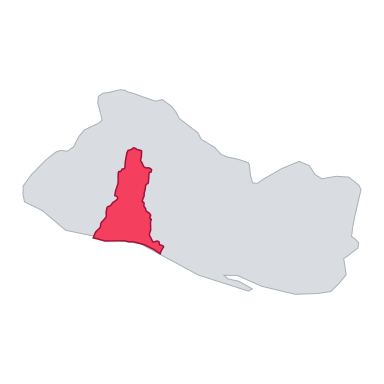 location of La Libertad within El Salvador
{"feature_id": "SLV-1346", "entity_name": "La Libertad", "entity_type": "Department", "adm_level": 1, "iso_a3": "SLV", "parent_name": "El Salvador", "parent_adm1": "", "projection": "robinson", "projection_center": [-89.306, 13.743], "detail": "fine", "context": "in_parent", "style": "filled", "palette": "rose", "viewbox_px": 384, "rotation_deg": 0, "n_neighbors": 0, "source": "natural_earth", "source_scale": "10m", "svg_char_len": 3511}
<svg xmlns="http://www.w3.org/2000/svg" viewBox="0 0 384 384"><path d="M128.1,92.2L131.7,92.9L155.3,101.2L162.3,99.6L171.3,106.2L175.6,111.4L179.3,118.5L198.0,132.9L201.1,139.2L215.1,147.7L220.7,154.1L226.6,156.8L238.3,159.3L248.3,162.7L249.4,165.1L250.4,174.7L252.5,182.8L257.2,183.4L263.0,179.4L281.7,168.6L299.3,161.4L309.3,165.7L315.2,174.7L322.0,178.8L336.0,176.3L348.7,177.1L358.7,185.0L361.0,189.6L354.9,215.8L352.7,227.1L351.6,236.6L355.2,239.1L358.7,242.8L358.0,247.9L347.1,256.3L343.7,258.5L346.2,274.7L338.1,284.5L330.6,291.6L317.5,293.5L295.3,294.3L261.8,286.3L237.2,275.4L223.9,275.3L228.1,278.9L238.6,281.2L252.4,288.9L248.4,291.1L198.2,275.0L140.1,243.6L105.4,238.6L65.7,230.3L42.2,210.5L24.5,201.9L23.0,194.3L23.2,186.0L31.2,174.8L46.1,159.7L56.0,152.0L60.7,150.4L67.2,151.2L73.5,146.9L78.9,136.5L84.5,129.8L98.8,123.1L102.0,120.4L100.9,114.6L97.8,103.3L98.3,96.4L103.0,93.2L108.6,92.5L120.2,89.7L125.2,90.3L128.1,92.2Z" fill="#d9dde1" stroke="#a8b0b8" stroke-width="1"/><path d="M160.2,253.8L153.4,249.2L143.8,244.5L133.4,241.8L128.6,241.8L124.9,240.8L104.9,241.0L96.3,238.6L93.2,237.9L93.6,236.9L95.1,233.1L95.9,231.7L99.4,228.3L100.1,227.5L100.4,226.8L100.6,224.9L100.9,223.5L101.2,222.7L101.5,222.2L101.8,221.9L102.1,221.7L105.2,218.2L105.9,217.2L106.3,216.4L106.3,215.9L106.1,212.3L106.4,210.4L106.8,208.5L107.1,207.6L107.4,207.0L107.7,206.8L108.3,206.4L108.6,206.3L109.6,206.2L110.1,205.9L110.7,205.4L112.4,203.1L113.1,202.3L115.2,201.0L116.1,200.3L117.1,199.3L117.5,198.6L117.7,198.1L117.6,197.6L117.5,197.2L117.3,196.9L117.1,196.6L116.8,196.4L116.4,196.2L114.8,195.6L115.5,191.1L118.0,183.6L118.2,180.2L118.1,177.3L118.3,172.9L118.5,172.0L118.7,171.7L119.0,171.5L119.3,171.4L119.7,171.5L120.1,171.6L120.4,171.5L120.9,171.2L122.0,169.2L122.3,169.0L122.7,168.9L123.2,169.0L123.7,168.9L124.4,168.6L124.8,168.1L124.9,167.6L125.1,164.5L125.1,164.0L125.3,161.7L126.9,152.8L127.5,151.7L127.9,150.6L129.1,150.1L130.8,149.7L132.1,148.9L133.5,147.8L134.9,148.1L137.5,149.7L139.8,150.1L140.2,150.2L141.6,150.9L141.4,156.3L140.7,159.8L140.6,160.7L140.7,161.3L141.6,162.0L141.9,162.6L142.3,163.4L143.0,165.2L143.5,166.1L143.8,166.7L144.4,167.1L145.1,167.5L146.3,167.9L146.7,167.9L148.0,167.8L148.4,167.8L148.8,167.8L149.2,168.0L149.6,168.1L150.1,168.4L150.6,168.9L151.4,169.3L151.6,169.6L151.6,169.9L151.3,171.0L151.1,171.9L151.0,172.1L150.9,172.2L149.8,172.2L149.5,172.3L149.2,172.5L149.1,173.1L148.4,182.1L148.2,183.0L148.0,183.4L147.7,183.6L147.0,183.9L146.7,184.1L146.4,184.3L146.0,184.9L145.7,185.7L145.5,186.5L145.2,189.3L144.9,190.5L144.5,191.7L144.2,193.2L144.1,195.8L143.9,196.5L143.8,196.9L142.9,198.9L142.2,201.0L142.3,201.6L142.5,201.9L142.9,202.0L143.4,202.1L144.1,203.1L143.9,204.7L144.0,206.3L144.2,206.7L144.4,207.0L144.6,207.3L145.1,207.8L145.4,208.2L145.6,208.7L145.8,210.0L146.1,210.7L146.3,211.1L146.6,211.4L148.7,212.6L148.9,212.8L149.5,213.4L150.5,214.8L150.6,215.4L150.6,215.9L150.1,216.9L149.8,217.7L149.8,218.2L150.1,218.6L151.2,219.2L151.3,219.6L151.3,219.9L151.0,220.2L150.8,220.5L150.6,221.4L150.5,222.9L150.7,229.6L150.7,230.1L149.8,232.7L149.4,234.0L149.4,234.8L149.5,235.4L151.7,239.5L152.5,241.4L152.8,241.7L153.1,241.9L153.5,242.0L153.9,241.9L154.7,241.7L156.2,241.2L157.0,241.1L157.6,241.1L157.9,241.2L159.0,241.8L159.5,244.4L159.9,245.1L160.2,245.1L160.8,245.1L161.6,245.3L163.0,245.9L163.5,246.5L163.6,246.9L163.2,247.6L162.5,248.6L162.3,248.9L162.1,249.2L161.0,251.4L160.6,252.3L160.2,253.8L160.2,253.8Z" fill="#f43f5e" stroke="#9f1239" stroke-width="1.5"/></svg>